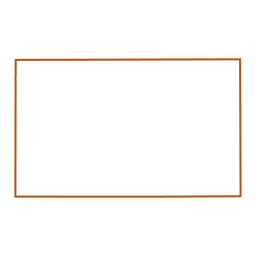 Deaf Smith, Texas, United States of America
{"feature_id": "52423323B38670867283875", "entity_name": "Deaf Smith", "entity_type": "district", "adm_level": 2, "iso_a3": "USA", "parent_name": "United States of America", "parent_adm1": "Texas", "projection": "albers", "projection_center": [-102.842, 34.965], "detail": "fine", "context": "isolated", "style": "outline", "palette": "amber", "viewbox_px": 256, "rotation_deg": 0, "n_neighbors": 0, "source": "geoboundaries", "source_scale": "gbopen_adm2", "svg_char_len": 341}
<svg xmlns="http://www.w3.org/2000/svg" viewBox="0 0 256 256"><path d="M240.6,196.1L240.1,59.3L15.7,59.9L15.7,60.0L15.7,60.3L15.7,61.3L15.7,67.4L15.6,71.9L15.7,72.6L15.7,74.8L15.5,78.1L15.6,82.9L15.5,131.7L15.5,148.9L15.4,164.3L15.4,182.5L15.4,196.6L148.8,196.7L238.7,196.3L240.6,196.1Z" fill="none" stroke="#b45309" stroke-width="2"/></svg>